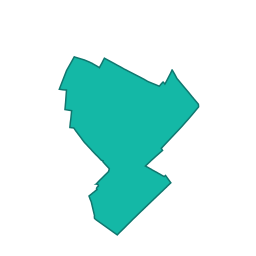 Amaru, Buzau, Romania, rotated 151°
{"feature_id": "2599482B26041702067150", "entity_name": "Amaru", "entity_type": "district", "adm_level": 2, "iso_a3": "ROU", "parent_name": "Romania", "parent_adm1": "Buzau", "projection": "orthographic", "projection_center": [26.614, 44.929], "detail": "fine", "context": "isolated", "style": "filled", "palette": "teal", "viewbox_px": 256, "rotation_deg": 151, "n_neighbors": 0, "source": "geoboundaries", "source_scale": "gbopen_adm2", "svg_char_len": 4958}
<svg xmlns="http://www.w3.org/2000/svg" viewBox="0 0 256 256"><g transform="rotate(151 128 128)"><path d="M178.6,156.6L176.7,155.2L175.5,154.4L175.4,154.2L175.3,153.4L175.2,152.5L175.2,152.1L175.1,151.6L175.1,151.1L175.0,150.3L174.7,148.6L174.6,147.2L174.5,146.9L174.3,145.4L173.8,142.0L173.8,141.7L173.4,138.5L173.3,138.0L173.1,136.5L172.4,133.9L172.1,132.7L171.9,131.7L170.8,127.5L170.7,127.1L170.4,125.5L170.3,125.2L169.6,122.4L168.9,119.8L168.7,119.3L168.1,117.2L167.6,115.2L167.4,114.3L167.2,113.8L167.1,113.2L166.9,112.6L166.8,112.4L165.7,111.5L165.7,111.4L166.3,110.7L165.8,108.4L165.7,107.8L165.6,107.5L165.5,107.3L165.1,105.4L164.7,104.1L164.6,103.4L164.4,102.8L164.4,102.5L164.3,102.4L164.2,102.0L164.1,101.4L164.8,100.7L166.2,99.3L167.0,99.1L167.3,99.0L167.6,98.9L168.2,98.7L168.7,98.6L168.8,98.6L170.0,98.2L171.4,97.9L171.6,97.8L172.3,97.6L173.0,97.4L173.6,97.2L174.2,97.1L174.4,97.0L175.1,96.8L175.4,96.7L175.5,96.7L176.1,96.5L176.8,96.4L177.0,96.3L177.8,96.1L178.3,95.9L178.8,95.8L178.9,95.7L179.2,95.6L179.4,95.6L180.0,95.4L182.1,94.7L182.4,94.6L182.6,94.5L182.8,94.4L183.0,94.4L182.7,94.2L182.3,93.8L182.1,93.5L182.0,93.4L181.9,93.3L181.7,93.2L181.7,92.9L181.7,92.7L181.8,92.2L181.9,91.9L181.9,91.7L182.0,91.6L182.4,91.4L182.6,91.4L182.8,91.4L183.1,91.3L183.4,91.3L183.6,91.2L183.9,91.1L184.2,90.9L184.3,90.8L184.5,90.7L184.9,90.3L185.0,90.0L185.0,89.8L185.0,89.5L185.0,89.1L186.3,89.0L186.9,88.9L188.6,88.5L189.7,88.4L191.2,88.1L191.7,88.0L194.0,87.6L194.4,87.6L194.8,87.5L195.0,87.5L195.1,87.4L195.1,87.2L195.2,86.7L195.3,86.2L195.4,85.3L195.5,84.8L195.6,84.2L195.7,83.7L195.7,83.2L195.8,82.6L195.8,82.2L195.9,81.8L195.9,81.4L196.0,80.9L196.1,80.7L199.7,67.9L199.8,67.4L200.1,67.2L200.5,66.6L201.0,65.5L201.1,65.1L200.4,63.2L197.1,56.3L192.1,45.8L191.5,44.5L189.2,39.7L188.9,39.8L188.6,39.9L186.7,40.5L185.3,40.9L184.9,41.0L184.5,41.1L183.7,41.3L183.1,41.5L181.8,41.8L181.7,41.9L181.4,42.0L181.2,42.0L180.9,42.1L180.7,42.1L180.1,42.3L179.9,42.4L179.6,42.4L178.8,42.7L178.7,42.7L178.5,42.8L178.3,42.8L178.1,42.9L177.9,42.9L177.8,43.0L177.6,43.0L177.1,43.2L176.8,43.3L173.5,44.2L171.0,44.9L167.7,45.9L164.5,46.7L161.3,47.6L156.5,48.9L156.4,48.9L156.1,49.0L155.6,49.1L155.4,49.2L155.2,49.2L155.0,49.3L154.8,49.3L154.6,49.4L154.4,49.4L154.3,49.5L154.0,49.5L153.9,49.6L153.7,49.6L153.4,49.7L153.1,49.8L152.9,49.8L152.7,49.9L152.4,50.0L152.2,50.0L151.8,50.1L151.7,50.2L151.4,50.2L151.3,50.3L151.2,50.3L150.9,50.4L150.6,50.5L150.4,50.5L150.2,50.6L149.8,50.6L149.7,50.7L149.4,50.8L149.2,50.8L148.9,50.9L148.6,51.0L148.4,51.0L148.2,51.1L147.9,51.2L147.5,51.3L147.3,51.3L147.1,51.4L146.9,51.4L146.7,51.5L146.4,51.6L146.2,51.6L145.6,51.8L145.2,51.9L144.9,51.9L144.8,52.0L144.6,52.0L144.3,52.1L144.0,52.2L143.6,52.3L143.3,52.4L143.1,52.4L143.0,52.5L140.8,53.0L139.6,53.4L139.0,53.5L138.7,53.6L138.2,53.7L137.8,53.8L137.5,53.9L137.1,54.0L136.7,54.1L136.4,54.2L136.1,54.3L135.7,54.4L133.7,54.9L132.5,55.2L131.5,55.5L131.3,55.5L130.7,55.7L129.9,55.9L129.6,56.0L129.0,56.1L127.9,56.4L127.6,56.5L126.8,56.7L126.5,56.8L126.2,56.9L125.9,57.0L125.4,57.1L123.4,57.6L123.2,57.6L122.9,57.7L122.7,57.8L122.4,57.9L122.1,58.0L121.9,58.1L121.3,58.2L117.9,59.1L117.1,59.3L118.2,68.3L119.9,68.0L121.2,70.0L122.1,71.5L122.7,72.6L123.0,72.9L123.2,73.3L123.4,73.6L123.9,74.5L124.4,75.3L124.7,75.8L124.9,76.1L125.8,77.4L126.2,78.2L126.6,78.7L126.8,79.0L127.1,79.4L127.3,79.9L127.5,80.3L127.7,80.6L128.1,81.3L128.6,81.9L128.8,82.4L129.3,83.2L130.9,85.8L131.2,86.3L123.6,88.3L119.2,89.3L117.6,89.7L108.8,91.6L108.7,91.6L108.7,92.8L108.7,94.1L99.4,97.1L88.4,100.6L87.5,100.9L87.1,101.0L79.7,103.4L77.8,104.1L75.0,105.1L72.1,106.1L69.9,106.9L65.1,108.7L56.1,112.2L55.8,112.6L54.9,114.7L55.0,115.1L55.5,117.8L55.9,119.6L55.9,119.9L56.4,122.1L56.4,122.4L56.5,123.0L56.8,124.2L57.7,129.5L58.3,132.5L59.3,137.6L60.2,142.3L60.7,145.1L61.2,147.5L61.1,152.1L61.1,152.9L61.2,156.3L61.2,157.3L61.3,157.4L62.1,156.8L64.7,154.9L65.5,154.4L67.9,152.8L70.6,151.0L73.7,149.0L74.4,148.6L74.5,149.4L74.8,150.4L74.9,150.8L74.9,151.1L75.1,151.2L75.3,151.2L75.6,151.1L75.9,151.0L76.2,150.9L77.0,150.6L77.4,150.5L78.0,150.3L78.7,150.0L79.2,149.8L79.7,149.6L80.4,149.4L83.0,152.7L83.9,153.8L84.9,155.0L86.7,157.3L87.7,158.5L88.1,159.1L88.4,159.5L88.8,160.2L89.0,160.6L89.4,161.2L90.2,162.6L91.7,164.9L92.8,166.6L94.9,169.7L98.3,174.8L100.4,177.9L101.4,179.5L102.7,181.3L104.9,185.0L107.0,188.2L107.8,189.5L108.6,190.8L113.2,198.0L114.8,200.5L117.1,199.0L119.7,197.2L122.8,195.3L123.7,194.6L125.2,197.2L127.4,200.8L127.5,201.0L127.7,201.3L127.9,201.8L128.6,202.7L129.1,203.4L130.0,204.7L130.2,204.9L130.9,205.8L133.2,208.7L137.1,212.7L140.1,215.8L140.5,216.3L142.0,215.4L142.6,215.0L144.7,213.7L147.1,212.2L148.9,211.1L151.2,209.7L153.8,208.1L163.8,199.8L168.1,196.2L169.3,195.2L166.3,192.9L163.4,191.0L170.6,180.0L170.7,179.9L171.7,178.4L174.2,174.7L168.9,170.5L171.3,167.0L173.5,163.8L175.9,160.6L176.5,159.7L178.3,157.1L178.6,156.6Z" fill="#14b8a6" stroke="#0f766e" stroke-width="1.5"/></g></svg>